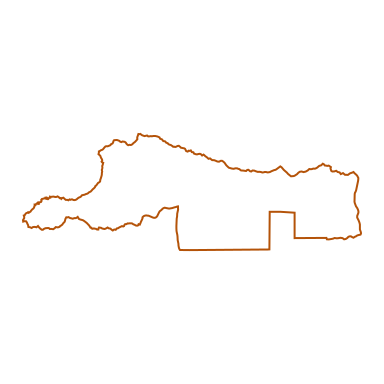 the district of Cerejeiras, Rondônia, Brazil
{"feature_id": "56859067B66697352879536", "entity_name": "Cerejeiras", "entity_type": "district", "adm_level": 2, "iso_a3": "BRA", "parent_name": "Brazil", "parent_adm1": "Rondônia", "projection": "robinson", "projection_center": [-61.397, -13.184], "detail": "fine", "context": "isolated", "style": "outline", "palette": "amber", "viewbox_px": 384, "rotation_deg": 0, "n_neighbors": 0, "source": "geoboundaries", "source_scale": "gbopen_adm2", "svg_char_len": 5974}
<svg xmlns="http://www.w3.org/2000/svg" viewBox="0 0 384 384"><path d="M353.5,172.0L352.0,172.7L350.1,173.3L347.9,174.9L346.2,174.8L345.0,174.8L343.0,173.1L340.8,174.1L339.6,172.4L337.7,172.0L336.2,170.8L334.3,171.4L332.3,171.5L331.3,170.9L330.5,168.5L330.9,167.1L328.7,165.6L327.3,165.9L326.0,165.6L324.8,165.5L323.9,164.3L322.8,163.7L321.2,165.3L319.2,165.9L317.2,167.6L316.2,168.2L314.9,168.7L313.2,168.6L311.9,169.1L310.7,169.2L309.3,169.0L307.8,170.4L305.7,171.6L303.5,172.1L301.6,171.5L299.7,171.8L298.3,172.8L297.0,174.2L294.5,175.8L293.4,176.1L291.0,176.3L288.0,173.9L286.9,172.6L283.8,169.9L281.6,167.3L280.3,166.4L276.8,169.0L275.6,169.8L274.2,170.1L271.5,171.2L270.0,172.0L268.7,172.3L267.4,172.4L266.0,172.0L264.6,172.0L263.8,172.3L262.3,172.5L260.9,172.0L259.2,171.8L257.8,171.9L256.2,171.4L254.2,170.6L252.5,170.5L251.2,171.5L250.0,171.2L248.5,169.8L247.3,169.9L246.1,171.0L242.7,170.5L241.6,170.5L240.7,170.3L239.4,169.1L238.4,168.9L237.0,168.3L235.4,168.3L233.7,168.8L232.0,168.6L228.8,167.7L226.3,165.3L224.5,162.7L223.0,161.4L222.0,160.8L220.8,160.8L219.0,161.7L217.3,161.5L215.8,160.8L214.2,160.2L212.1,160.1L210.0,158.4L208.5,158.8L206.9,157.3L205.3,156.2L204.3,155.2L203.5,154.6L202.1,155.5L200.9,154.2L199.9,153.8L198.4,154.0L197.0,154.4L195.7,154.2L194.0,153.6L193.4,152.3L191.8,152.1L190.8,150.4L189.5,150.9L188.6,150.7L187.7,151.6L186.2,151.1L185.7,150.1L185.1,148.9L184.4,148.4L180.9,147.7L180.2,146.9L178.8,145.8L177.5,146.0L176.2,146.7L175.1,147.0L174.2,146.7L173.2,146.8L172.5,146.1L171.6,145.6L170.8,145.0L169.6,144.7L168.5,144.2L167.7,143.2L166.2,142.7L165.3,141.5L164.4,141.2L163.3,141.1L162.0,139.4L160.1,138.7L159.5,137.4L157.5,136.5L155.3,136.0L153.4,136.0L151.8,136.3L150.9,136.1L149.9,136.3L148.2,136.4L147.1,135.5L145.4,135.9L144.5,136.1L142.0,135.2L140.3,133.9L139.4,134.2L138.4,134.0L137.8,135.8L137.3,137.1L137.2,138.2L137.4,139.1L136.6,140.2L134.8,142.1L133.4,143.1L132.5,144.1L131.5,144.8L130.6,145.0L129.6,144.8L128.2,145.2L127.4,144.7L126.5,143.8L125.7,142.5L124.6,141.8L122.5,141.5L121.4,142.1L120.2,141.7L119.4,140.9L117.4,140.1L116.5,140.0L114.1,140.2L113.4,141.2L113.1,142.5L112.5,143.5L110.9,144.3L110.4,145.2L107.7,146.3L106.8,146.2L105.5,146.4L104.4,147.5L103.4,148.8L102.6,149.6L101.7,150.0L100.8,150.3L100.0,150.9L98.9,151.4L98.9,152.6L98.5,154.2L99.8,155.3L100.4,156.0L100.9,157.6L101.6,158.7L102.1,159.7L102.2,160.7L101.6,161.7L102.3,162.5L103.2,162.8L102.7,164.9L102.2,166.0L102.4,167.5L102.2,168.9L101.8,170.0L102.2,171.6L101.9,172.7L101.8,174.8L101.5,176.1L100.8,178.4L100.3,179.7L100.1,181.4L99.4,182.2L98.1,182.9L96.2,185.5L95.3,186.1L94.9,187.3L93.5,188.7L92.8,189.2L91.5,190.7L90.6,191.6L89.0,192.3L88.1,193.2L87.2,193.7L85.8,194.1L84.6,194.7L83.1,195.0L81.9,195.3L81.0,196.5L80.1,197.1L79.0,197.5L77.9,198.2L76.8,199.2L75.8,199.8L74.7,200.1L73.4,200.0L72.3,199.4L71.3,199.4L70.5,199.8L69.5,199.4L68.4,200.3L67.4,199.9L65.8,199.9L64.6,198.9L63.4,197.7L62.2,198.0L61.3,198.9L60.7,198.0L59.8,198.2L58.6,197.0L57.5,196.4L56.6,196.9L55.2,197.0L53.6,196.6L52.2,196.7L50.9,196.9L50.1,196.7L50.2,197.7L49.3,197.7L48.3,198.9L46.7,197.5L45.8,197.6L46.3,198.8L44.4,198.3L42.9,198.8L41.9,199.0L41.2,200.0L41.6,200.8L41.1,201.9L39.9,202.3L38.6,202.3L38.9,203.8L38.1,204.0L37.4,203.0L35.8,204.3L34.8,204.5L35.3,205.3L34.4,206.0L34.1,207.4L33.5,208.4L32.1,209.5L31.0,210.8L30.5,211.6L29.7,212.1L28.7,212.8L28.1,212.2L27.3,212.8L26.3,213.1L25.5,213.9L24.7,215.2L23.8,215.5L24.2,216.8L24.2,218.1L23.0,220.1L23.2,221.6L24.4,221.2L26.1,221.3L26.9,222.5L27.4,223.8L28.1,225.1L28.4,227.0L30.2,227.3L31.6,228.0L32.9,227.1L34.2,226.9L35.4,227.0L36.5,227.3L38.0,226.0L38.9,227.2L40.2,228.6L41.9,229.8L43.0,229.7L43.9,228.9L45.5,228.2L46.9,228.1L48.2,228.0L49.0,228.2L49.8,229.0L51.2,228.9L53.2,229.2L54.7,228.2L55.7,227.1L57.9,227.4L59.6,226.8L60.2,226.0L61.2,225.5L62.4,224.5L63.0,223.5L64.7,221.7L65.5,218.7L66.3,217.3L67.5,217.4L68.5,217.1L70.0,218.0L71.7,218.4L72.5,218.7L73.4,218.5L74.3,218.1L75.8,218.1L76.6,217.8L77.7,216.9L79.0,219.0L80.3,219.5L82.2,220.0L83.3,220.4L85.4,221.9L87.1,223.3L87.9,224.2L88.8,225.1L89.5,226.0L90.5,227.7L91.4,227.7L91.8,228.5L92.7,228.8L93.9,228.4L94.9,228.7L95.9,228.8L97.0,229.5L98.3,229.5L98.4,228.6L99.0,227.5L101.0,227.8L102.2,228.5L104.4,229.0L105.5,228.7L106.8,228.0L107.6,227.5L108.7,228.3L110.4,228.6L111.7,229.8L112.8,230.5L114.0,229.6L114.9,229.5L115.7,229.8L116.9,228.4L118.1,228.2L119.1,227.5L119.9,227.1L122.0,226.1L123.1,226.5L124.0,226.1L124.4,225.0L125.2,224.1L126.5,224.1L127.6,223.4L128.4,223.5L129.6,223.3L130.9,223.3L132.0,223.4L133.3,224.3L134.6,224.8L135.8,225.5L137.1,225.7L138.2,225.3L138.6,224.2L139.8,224.6L140.5,223.0L140.9,221.9L142.0,219.6L142.5,218.4L142.5,217.3L143.6,216.2L144.7,215.7L146.1,215.4L147.3,215.6L148.6,215.7L151.4,216.9L152.3,217.3L153.1,217.6L154.0,217.8L155.0,217.8L156.3,217.2L157.3,216.0L158.3,213.9L159.3,211.9L159.8,211.2L160.9,210.4L161.8,209.6L162.6,208.7L163.6,208.1L164.7,207.7L166.5,208.1L167.5,208.3L169.1,208.6L172.1,208.1L174.3,207.4L176.0,207.0L177.2,206.5L178.0,206.4L178.0,208.2L178.1,209.6L177.2,213.7L177.1,216.3L176.7,218.7L176.4,225.9L176.4,228.2L176.5,230.7L176.7,232.0L177.3,234.8L177.5,236.4L177.7,240.2L178.4,243.7L178.5,245.6L178.8,247.2L179.2,248.7L180.0,250.0L189.3,250.1L267.8,249.5L269.4,249.4L269.7,211.8L280.5,211.8L294.6,212.7L294.6,238.1L326.4,237.9L326.9,239.3L328.8,239.4L331.9,238.9L333.2,238.6L334.6,238.0L336.7,238.3L338.1,238.2L339.2,238.0L340.4,237.8L342.4,238.1L343.1,238.5L344.1,239.3L345.7,239.0L347.3,238.0L348.3,236.9L349.4,236.4L350.8,236.3L352.3,237.2L353.5,237.7L354.8,236.8L355.9,236.4L356.8,235.7L358.0,235.2L360.5,234.6L361.0,233.5L360.9,232.3L359.9,229.5L359.9,224.6L359.7,223.6L359.4,222.5L358.6,220.4L357.2,217.6L357.2,215.9L358.4,212.8L358.4,211.2L358.0,209.8L357.3,208.2L356.0,206.3L354.8,203.1L354.5,201.8L354.7,194.0L355.0,192.7L355.5,191.9L356.1,190.4L358.1,180.8L358.3,178.9L358.3,177.9L357.1,175.6L356.0,174.5L354.3,173.0L353.5,172.0Z" fill="none" stroke="#b45309" stroke-width="2"/></svg>